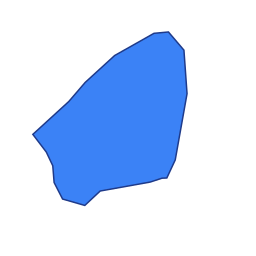 the border of Gornji Grad, rotated 135°
{"feature_id": "SVN-949", "entity_name": "Gornji Grad", "entity_type": "Municipality", "adm_level": 1, "iso_a3": "SVN", "parent_name": "Slovenia", "parent_adm1": "", "projection": "robinson", "projection_center": [14.802, 46.298], "detail": "fine", "context": "isolated", "style": "filled", "palette": "blue", "viewbox_px": 256, "rotation_deg": 135, "n_neighbors": 0, "source": "natural_earth", "source_scale": "10m", "svg_char_len": 389}
<svg xmlns="http://www.w3.org/2000/svg" viewBox="0 0 256 256"><g transform="rotate(135 128 128)"><path d="M135.9,65.2L139.5,68.5L150.4,74.0L192.2,103.1L213.3,103.8L224.5,124.0L218.8,141.7L207.9,154.5L202.8,168.7L199.8,190.8L151.1,188.6L126.0,190.5L86.2,188.7L42.7,176.6L31.5,167.3L33.4,143.5L62.0,110.5L117.2,72.0L135.9,65.2Z" fill="#3b82f6" stroke="#1e3a8a" stroke-width="1.5"/></g></svg>